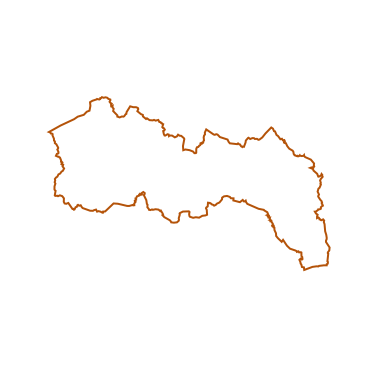 Tha Yang, Phetchaburi, Thailand, rotated 63°
{"feature_id": "78962969B57494861124372", "entity_name": "Tha Yang", "entity_type": "district", "adm_level": 2, "iso_a3": "THA", "parent_name": "Thailand", "parent_adm1": "Phetchaburi", "projection": "mercator", "projection_center": [99.807, 12.809], "detail": "fine", "context": "isolated", "style": "outline", "palette": "amber", "viewbox_px": 384, "rotation_deg": 63, "n_neighbors": 0, "source": "geoboundaries", "source_scale": "gbopen_adm2", "svg_char_len": 5992}
<svg xmlns="http://www.w3.org/2000/svg" viewBox="0 0 384 384"><g transform="rotate(63 192 192)"><path d="M170.5,92.1L173.2,100.0L175.3,104.6L175.9,108.1L175.6,109.2L174.2,109.9L173.2,112.0L172.2,112.3L171.4,113.7L171.2,116.1L169.3,117.0L169.3,117.5L170.6,120.7L172.2,121.8L175.3,125.2L174.6,126.1L174.8,126.8L174.4,127.0L174.7,127.2L174.0,127.0L173.5,127.5L171.5,127.6L171.1,128.2L169.6,128.9L169.9,130.0L165.8,136.2L163.9,136.6L161.4,136.5L155.7,142.2L152.4,143.2L151.5,144.2L151.4,145.7L150.6,146.6L142.7,150.9L144.9,153.6L146.6,154.3L147.2,155.6L148.6,156.8L151.5,157.9L152.2,159.2L153.1,159.6L153.4,161.1L152.5,161.3L152.5,162.4L153.4,162.7L154.0,163.5L154.0,164.5L154.7,165.9L154.4,167.3L155.5,168.6L158.9,170.4L159.1,170.9L158.5,172.2L156.4,172.7L153.6,175.2L151.1,178.6L150.8,180.8L147.0,179.2L141.3,174.8L140.3,174.8L137.1,176.1L136.2,177.5L134.6,178.4L135.6,180.2L135.5,182.5L132.7,184.1L131.5,186.3L131.7,187.1L130.2,186.7L129.4,187.6L129.6,190.2L129.2,190.8L127.6,190.8L124.6,190.0L124.6,188.8L124.0,187.9L122.2,188.2L121.9,188.7L120.7,189.0L118.5,186.9L117.5,187.7L117.0,187.6L116.3,188.3L115.5,188.3L114.8,189.3L112.5,189.3L111.9,192.0L110.5,193.1L110.4,194.4L108.7,197.2L105.9,198.7L106.1,199.8L102.4,201.4L101.0,200.8L99.5,202.1L95.2,204.0L93.7,202.2L92.5,202.1L91.0,203.4L89.8,205.8L87.6,208.2L91.1,214.0L92.6,215.1L92.5,215.7L93.7,218.0L93.7,219.0L92.9,220.1L92.7,222.6L90.9,224.3L89.9,223.7L84.1,225.5L82.2,224.0L80.4,224.5L79.0,223.5L78.8,225.0L77.3,224.4L76.8,223.5L75.4,224.3L74.2,224.5L73.1,223.0L72.5,222.8L71.0,224.3L69.7,224.6L68.4,226.0L67.9,228.0L66.6,229.2L67.0,230.2L66.7,231.1L67.5,231.6L67.5,232.6L66.0,234.4L66.2,234.8L65.5,239.3L65.7,242.1L69.1,243.4L73.0,246.4L72.7,249.3L74.1,253.4L73.0,259.6L73.6,264.0L73.1,279.0L73.6,292.2L74.6,291.3L75.8,291.2L76.2,290.4L77.2,289.9L78.2,290.6L81.8,290.8L83.5,291.6L84.7,291.2L86.2,292.0L87.9,291.2L91.7,291.1L92.5,291.6L93.0,292.7L95.6,292.8L96.7,293.3L96.9,293.7L96.7,295.1L98.0,296.8L99.7,295.4L100.0,294.7L100.9,294.5L101.4,294.0L104.5,294.3L105.6,295.0L106.5,294.1L107.0,294.1L107.9,295.7L108.7,295.3L108.7,294.7L109.2,294.4L110.4,295.7L113.0,295.3L114.5,297.5L114.6,299.0L115.7,301.1L115.7,303.0L117.2,305.0L117.4,306.7L118.2,308.3L119.7,308.7L120.9,309.9L122.5,309.9L124.5,311.9L127.1,313.3L127.9,313.4L129.0,313.0L132.7,315.8L133.4,315.6L134.2,313.7L134.9,313.3L135.0,311.2L136.8,309.5L139.5,309.0L142.5,310.7L144.4,310.7L145.4,309.4L145.6,307.2L152.9,306.2L153.2,305.3L154.2,305.2L154.2,304.6L152.7,302.6L152.9,301.3L151.8,300.2L151.7,299.4L153.0,298.8L153.3,297.2L155.3,297.1L156.7,296.7L162.4,291.3L163.8,288.8L163.7,287.7L164.1,285.5L166.4,285.5L166.6,284.0L167.9,282.5L169.8,281.2L170.0,280.6L169.1,280.1L169.9,278.2L166.6,267.1L168.8,263.4L174.9,256.2L175.9,254.4L176.6,250.8L177.2,250.5L177.6,249.4L176.0,248.7L175.3,246.9L175.0,246.7L174.6,247.2L173.7,246.9L173.5,245.3L172.1,245.2L172.2,244.5L170.9,243.1L171.2,240.7L170.4,240.4L170.0,239.3L171.2,239.0L171.5,237.9L170.8,237.8L170.8,237.5L170.1,237.2L169.9,235.4L171.5,234.6L172.3,235.1L172.8,236.3L178.5,236.4L182.1,237.6L183.1,237.4L185.4,238.7L187.4,238.2L188.3,238.4L189.2,237.3L189.4,235.5L190.1,235.0L190.8,232.3L192.5,229.8L194.6,229.0L194.4,228.2L197.9,227.9L199.3,228.1L199.3,228.8L201.8,228.1L207.1,224.6L208.7,224.2L209.6,224.3L211.1,222.1L212.2,219.2L211.6,216.9L210.8,216.2L209.3,215.7L206.7,213.2L205.6,212.9L205.3,212.5L205.3,209.0L207.8,203.6L208.7,203.3L210.4,204.6L212.3,205.2L213.1,205.1L215.5,202.7L216.2,200.1L218.1,197.3L217.9,193.6L219.0,190.6L219.1,188.9L214.7,187.0L212.8,186.9L212.3,186.3L212.0,184.6L208.8,182.6L209.9,181.0L210.4,181.0L211.1,180.2L212.2,179.9L213.2,178.8L214.2,178.5L214.3,176.8L213.7,175.2L213.8,172.3L212.2,168.6L210.7,167.7L210.4,165.5L211.4,162.6L213.6,160.5L215.2,160.2L216.5,157.9L218.3,159.0L222.5,154.3L222.8,153.9L222.1,150.4L223.9,150.1L224.4,149.2L224.1,148.1L225.6,148.4L227.7,148.1L237.2,140.3L240.5,136.1L241.2,136.0L244.2,134.1L246.4,134.3L246.2,134.5L246.7,134.7L246.7,135.5L247.1,135.1L247.7,135.4L247.9,134.9L248.8,135.3L248.8,134.6L249.7,135.1L250.1,134.2L250.4,134.6L252.1,134.8L252.2,135.3L252.5,134.9L252.9,135.2L253.4,134.6L253.9,135.2L254.4,134.5L254.9,134.7L256.9,134.4L257.6,134.8L258.4,134.6L258.5,135.1L257.9,135.2L258.4,136.0L259.1,135.9L259.6,135.2L260.0,135.3L260.0,134.8L260.9,135.1L261.2,134.8L263.4,135.8L266.9,135.9L269.4,137.0L272.2,136.4L277.1,134.7L276.0,132.6L282.9,131.8L287.0,130.4L291.0,126.5L292.2,125.6L293.0,125.7L293.2,124.1L294.4,124.0L295.1,122.3L295.6,122.0L298.2,123.3L299.2,123.6L299.9,123.3L301.9,124.0L302.1,124.8L300.7,125.5L301.2,127.1L303.5,127.2L305.1,127.7L306.3,127.5L308.7,128.1L310.0,126.5L312.4,127.4L313.4,118.7L314.7,114.9L315.7,113.1L315.5,112.4L317.2,107.8L318.5,105.3L317.5,104.7L317.6,103.9L316.9,103.1L315.6,102.6L315.2,102.8L308.8,98.6L308.3,98.8L307.5,98.4L306.4,96.2L303.9,94.6L297.4,95.3L296.2,94.7L295.1,93.4L293.8,92.7L291.0,91.8L287.5,91.2L280.8,88.5L278.6,88.2L277.4,87.2L275.9,87.6L276.0,89.3L275.6,89.9L274.6,90.1L274.3,90.8L272.9,90.6L272.0,91.0L272.0,92.4L270.4,91.6L269.3,90.4L267.4,91.3L265.3,91.4L265.7,90.4L265.2,87.8L264.8,87.5L265.4,86.0L265.4,84.8L264.1,84.1L263.6,82.7L263.6,81.6L262.2,81.4L261.4,81.7L260.6,81.4L260.4,80.9L258.9,80.7L257.3,81.2L253.7,81.6L253.0,81.5L251.9,80.0L248.7,79.9L246.4,77.8L246.1,76.4L243.9,73.8L243.0,73.9L242.4,73.1L239.8,72.6L238.8,71.2L237.8,68.7L236.0,68.5L235.8,68.2L234.8,68.4L235.9,69.6L235.9,72.1L235.6,72.5L232.6,72.2L228.1,74.0L226.4,73.8L224.2,75.7L224.3,74.6L224.8,74.5L225.5,73.3L225.4,72.6L224.5,72.4L224.6,71.5L223.3,71.2L222.0,70.3L217.1,71.4L212.3,75.3L211.2,75.7L210.0,75.4L210.4,76.2L209.8,77.9L208.7,79.3L208.2,79.3L208.6,80.4L208.4,81.3L207.7,81.5L207.7,82.2L206.9,83.0L206.3,83.2L205.9,83.9L204.3,84.1L202.0,83.4L200.8,83.6L197.5,85.7L194.4,86.3L191.1,86.2L190.6,87.0L189.7,87.6L189.2,87.3L188.9,86.2L187.6,86.2L187.2,87.6L185.4,87.7L185.1,89.3L181.3,89.9L179.5,90.8L175.7,90.5L175.0,91.3L172.3,91.1L170.5,92.1Z" fill="none" stroke="#b45309" stroke-width="2"/></g></svg>